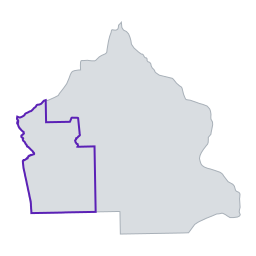 Botswana, with North-West highlighted, rotated 269°
{"feature_id": "BWA-2629", "entity_name": "North-West", "entity_type": "District", "adm_level": 1, "iso_a3": "BWA", "parent_name": "Botswana", "parent_adm1": "", "projection": "mercator", "projection_center": [23.629, -19.391], "detail": "fine", "context": "in_parent", "style": "outline", "palette": "violet", "viewbox_px": 256, "rotation_deg": 269, "n_neighbors": 0, "source": "natural_earth", "source_scale": "10m", "svg_char_len": 5583}
<svg xmlns="http://www.w3.org/2000/svg" viewBox="0 0 256 256"><g transform="rotate(269 128 128)"><path d="M141.3,17.5L140.8,18.6L140.5,20.4L140.9,21.6L141.8,23.3L143.1,24.8L144.1,25.7L145.3,27.9L146.5,30.7L148.0,32.9L152.6,37.8L153.1,39.6L153.7,41.3L156.6,44.7L157.1,45.8L156.9,48.1L159.8,55.0L161.8,59.0L163.4,59.8L168.7,64.1L173.3,67.5L178.7,69.9L182.6,71.4L184.6,72.5L185.6,73.6L186.3,75.7L186.8,79.3L186.9,81.6L191.1,81.5L194.6,81.7L195.9,82.2L196.3,82.9L196.2,84.4L196.3,86.7L196.4,88.6L196.1,90.5L195.8,92.9L195.7,95.7L196.2,96.9L199.6,100.5L201.0,102.9L202.5,106.5L203.4,107.6L204.1,108.1L207.2,108.5L215.1,110.0L220.0,111.3L223.9,112.8L225.5,113.1L226.3,113.5L226.5,113.9L226.0,117.0L226.2,118.0L226.6,118.9L227.3,119.6L228.1,120.0L231.0,120.4L232.8,122.3L233.9,123.2L228.6,123.6L226.0,125.2L224.5,128.1L222.1,130.2L218.8,131.5L215.4,132.4L211.7,132.9L207.9,135.4L203.8,139.8L201.7,142.6L201.6,143.7L200.7,144.7L198.9,145.5L197.9,146.5L197.7,147.7L196.7,148.3L195.1,148.2L193.9,149.1L193.3,150.8L191.8,151.9L189.6,152.3L187.6,153.3L186.0,154.9L184.7,155.7L183.9,155.8L182.5,157.1L180.3,160.2L179.9,161.6L176.8,173.4L175.2,174.8L171.9,177.3L169.3,180.2L168.2,181.9L167.0,182.7L160.9,184.1L158.7,184.9L156.0,186.0L155.3,187.0L154.7,190.7L152.8,195.9L151.3,199.8L150.3,203.2L148.6,207.4L147.1,208.8L145.4,210.1L143.2,210.8L140.2,211.2L137.5,211.0L135.4,211.1L132.5,212.6L129.7,212.7L125.4,211.8L121.9,211.0L120.3,210.8L117.2,208.1L115.2,208.1L112.2,207.9L110.5,207.3L108.9,205.9L105.4,203.1L102.1,200.9L99.1,199.5L96.3,198.9L93.6,199.5L91.6,200.1L90.8,200.4L89.2,201.5L87.6,203.7L86.2,207.1L85.7,209.2L84.2,213.7L82.2,219.1L81.2,220.6L80.1,221.8L78.4,222.8L72.6,227.1L69.8,231.9L68.0,233.3L65.8,233.9L64.0,234.4L62.9,235.2L61.8,237.6L60.8,238.5L59.7,238.8L56.5,238.5L55.4,238.3L46.8,238.7L44.1,238.0L42.2,237.7L39.3,238.7L38.1,238.0L37.1,236.0L36.6,231.9L36.7,228.4L38.3,225.8L39.7,223.9L41.0,221.4L41.2,220.3L40.9,219.3L40.6,217.3L40.5,215.2L38.6,210.6L36.3,204.5L33.3,197.8L32.3,195.9L30.4,193.0L23.2,187.5L22.2,186.7L22.2,186.1L22.1,180.7L22.1,173.6L22.1,166.6L22.1,159.5L22.1,152.4L22.1,145.4L22.1,138.4L22.1,131.4L22.1,124.4L22.1,118.5L27.2,118.5L33.6,118.5L41.2,118.5L44.5,118.5L44.7,117.5L44.7,113.2L44.7,103.3L44.7,93.4L44.6,83.6L44.6,73.8L44.6,64.0L44.6,54.2L44.6,44.5L44.6,34.7L44.6,29.9L50.4,29.7L57.1,28.7L68.0,27.1L78.1,25.1L84.7,24.0L92.5,22.6L95.2,22.4L96.0,22.5L97.0,23.0L100.7,27.9L102.9,31.5L103.4,33.1L103.8,33.3L104.9,33.0L106.1,32.4L109.8,28.8L110.6,27.8L112.9,26.0L115.8,24.2L118.4,22.9L121.0,21.8L122.2,22.1L123.6,23.0L124.8,23.6L130.7,19.2L133.4,18.1L140.3,17.3L141.3,17.5Z" fill="#d9dde1" stroke="#a8b0b8" stroke-width="1"/><path d="M141.3,17.5L140.4,19.5L140.4,20.2L140.5,20.7L141.2,22.4L142.1,24.0L142.7,24.7L143.5,25.1L144.2,25.7L144.6,26.5L145.4,28.4L146.1,29.6L146.3,30.0L146.5,31.0L146.6,31.4L146.9,31.8L148.4,33.4L149.2,34.0L149.5,34.3L150.5,35.8L151.2,36.4L152.1,36.8L152.6,37.3L152.9,38.2L153.0,39.9L153.8,41.7L156.7,44.3L157.3,46.2L157.2,46.2L135.4,46.2L135.2,46.2L135.2,70.0L135.3,70.1L139.1,71.7L139.2,71.9L139.3,72.1L139.1,77.7L139.0,78.0L138.9,78.2L138.7,78.3L124.2,79.5L123.7,79.5L123.2,79.5L122.4,79.7L121.9,79.8L121.4,79.6L121.0,79.2L120.4,78.2L119.5,77.5L119.2,77.2L118.6,75.9L118.3,75.9L118.0,76.1L117.6,75.9L117.0,75.3L116.7,75.1L116.4,74.9L116.2,74.9L116.0,75.0L115.7,75.1L114.8,75.3L114.6,75.4L114.2,75.8L113.9,75.9L113.7,76.0L113.3,76.2L112.8,76.8L112.8,77.0L112.8,77.3L111.4,77.7L111.1,77.7L110.8,77.6L110.2,77.2L110.1,77.7L110.2,94.2L45.2,94.2L44.7,94.2L44.7,91.2L44.7,88.2L44.7,85.2L44.7,82.1L44.7,79.1L44.7,78.5L44.7,76.1L44.7,73.1L44.7,70.1L44.7,67.1L44.7,64.1L44.6,61.1L44.6,58.1L44.6,55.1L44.6,52.2L44.6,50.3L44.6,49.2L44.6,46.2L44.6,45.2L44.6,44.2L44.6,43.3L44.6,42.3L44.6,41.3L44.6,40.3L44.6,39.4L44.6,38.4L44.6,37.4L44.6,36.5L44.6,35.5L44.6,34.5L44.6,33.5L44.6,32.6L44.6,31.6L44.6,30.6L44.6,29.9L45.0,29.9L45.7,29.9L47.0,29.9L48.2,29.8L49.5,29.7L50.8,29.7L51.9,29.6L52.9,29.6L54.0,29.6L55.0,29.5L55.5,29.5L55.9,29.5L56.3,29.4L56.7,29.3L57.0,29.3L57.4,29.2L59.3,28.8L61.2,28.4L63.1,28.1L65.0,27.7L67.0,27.3L68.9,26.9L70.8,26.6L72.7,26.2L74.6,25.8L76.5,25.5L78.4,25.1L80.3,24.7L82.2,24.3L84.1,24.0L86.0,23.6L87.9,23.2L89.9,22.8L92.5,22.6L94.5,22.4L96.0,22.3L96.9,22.3L97.2,22.5L97.3,22.6L97.3,22.8L97.3,23.1L97.6,23.3L97.8,23.3L97.8,24.0L98.1,24.6L98.4,25.2L99.1,26.0L99.2,26.4L99.2,26.8L99.3,27.0L99.5,27.1L100.0,26.8L100.3,27.1L100.6,27.5L100.8,27.7L101.1,27.8L101.4,27.9L101.6,28.0L101.7,28.3L101.8,28.5L102.1,28.7L102.2,29.0L102.0,29.3L102.7,30.1L102.9,30.6L102.6,31.1L102.8,31.5L103.2,32.5L103.4,33.5L103.7,33.7L104.1,33.7L104.9,33.4L105.0,33.4L105.6,32.6L106.1,32.5L106.4,32.3L108.6,30.0L108.9,29.9L109.2,29.6L109.6,29.0L109.9,28.8L110.5,28.3L110.9,28.0L111.0,27.1L111.7,26.6L111.9,26.6L112.0,26.6L112.3,26.6L112.4,26.4L112.7,26.2L113.3,26.0L113.5,25.8L114.1,25.2L114.3,25.1L115.1,24.9L115.9,24.4L117.0,23.1L117.8,22.7L118.2,22.6L118.7,22.7L119.0,22.7L119.3,22.9L119.5,23.0L119.8,22.8L120.4,21.7L120.8,21.3L121.1,21.2L121.9,21.2L122.4,21.3L122.6,21.6L123.0,22.3L123.2,22.5L123.4,22.6L123.5,22.7L123.5,23.1L124.3,23.8L124.6,23.7L125.6,23.6L125.8,23.6L125.9,23.4L126.2,23.0L126.3,22.9L127.5,21.5L127.8,21.2L128.6,20.7L129.2,19.9L129.3,19.8L129.5,19.7L129.9,19.6L130.1,19.5L130.2,19.2L130.4,19.1L130.8,19.0L131.4,18.6L131.8,18.5L132.2,18.4L133.9,17.9L134.0,17.8L134.2,17.6L134.3,17.5L134.4,17.3L134.6,17.3L134.5,17.6L134.7,17.8L134.9,18.0L135.0,18.1L135.4,18.0L135.6,18.2L135.9,18.2L136.5,17.8L136.7,18.3L137.4,18.3L138.1,17.9L138.9,17.2L139.8,17.2L141.3,17.5Z" fill="none" stroke="#5b21b6" stroke-width="2"/></g></svg>